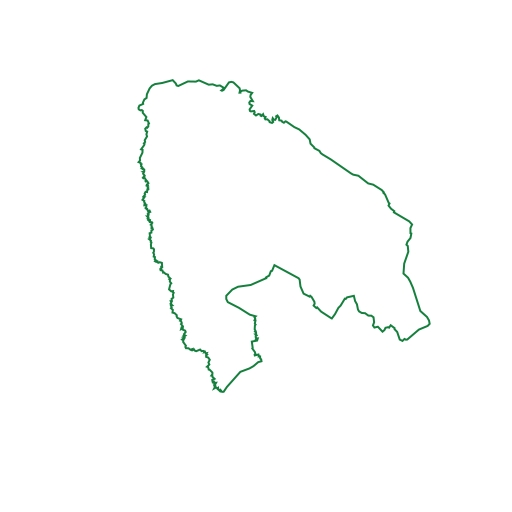 the district of Prakhon Chai, Buri Ram, Thailand, rotated 124°
{"feature_id": "78962969B33368538988624", "entity_name": "Prakhon Chai", "entity_type": "district", "adm_level": 2, "iso_a3": "THA", "parent_name": "Thailand", "parent_adm1": "Buri Ram", "projection": "orthographic", "projection_center": [103.123, 14.625], "detail": "fine", "context": "isolated", "style": "outline", "palette": "green", "viewbox_px": 512, "rotation_deg": 124, "n_neighbors": 0, "source": "geoboundaries", "source_scale": "gbopen_adm2", "svg_char_len": 6154}
<svg xmlns="http://www.w3.org/2000/svg" viewBox="0 0 512 512"><g transform="rotate(124 256 256)"><path d="M347.2,294.8L349.6,293.6L348.9,291.5L349.4,288.6L350.5,288.0L351.3,286.4L350.4,282.7L352.1,282.7L351.9,281.7L353.1,280.0L354.4,280.1L355.2,277.2L356.0,276.8L356.7,277.8L358.5,277.2L356.9,276.3L358.0,275.5L357.5,273.0L358.3,271.8L360.9,272.0L361.2,271.3L361.9,271.5L361.6,270.1L363.5,270.9L363.1,270.0L363.6,269.4L365.2,269.3L365.2,270.2L366.6,270.6L366.5,269.1L368.0,268.3L369.6,263.9L370.9,263.7L371.6,262.5L370.2,260.3L370.4,258.0L369.0,256.9L370.1,256.8L370.0,256.2L368.1,255.1L368.7,253.9L368.4,252.4L364.8,250.0L365.3,247.9L364.2,246.7L363.8,245.2L364.7,245.1L364.1,244.6L364.8,243.2L364.1,242.5L365.1,242.4L365.1,241.4L366.4,241.7L367.5,240.9L366.9,238.8L367.9,236.3L370.9,235.9L372.1,234.0L375.2,234.7L374.9,233.5L376.6,231.7L376.2,230.8L377.0,227.0L378.2,226.1L380.1,226.1L379.7,225.2L380.6,224.4L381.0,221.7L383.2,223.0L384.5,221.7L383.9,220.9L384.7,220.7L384.1,219.9L384.7,219.5L383.5,218.2L385.7,218.0L386.2,217.3L386.7,218.2L387.7,216.8L389.1,216.6L387.9,216.0L387.2,214.7L387.6,213.8L386.7,213.6L387.7,212.8L388.1,210.7L386.9,210.8L387.1,209.7L388.0,209.3L387.3,207.7L386.6,206.9L380.8,206.9L360.8,204.2L352.8,198.5L348.7,196.5L342.7,194.8L340.2,192.6L338.8,193.9L338.6,195.2L337.3,196.2L337.7,197.2L337.1,197.1L337.3,197.8L336.3,198.9L339.1,201.4L338.5,202.0L337.5,201.7L336.2,203.3L334.7,207.4L334.0,207.4L329.3,211.6L325.5,207.8L323.5,208.4L324.8,209.5L323.7,209.6L323.8,210.5L322.6,211.5L321.4,211.1L321.2,212.8L320.6,212.3L319.5,213.1L319.2,214.5L318.5,214.2L317.5,216.1L314.3,218.0L313.1,218.0L312.8,219.1L309.7,220.4L310.1,221.3L308.3,221.7L307.6,223.0L306.2,222.6L308.1,228.3L308.5,241.1L310.0,253.6L308.3,256.6L305.6,258.4L297.1,256.9L291.5,253.7L283.0,244.2L269.4,235.6L268.7,235.7L268.5,235.1L267.6,235.5L264.9,234.1L260.3,235.2L259.3,234.4L253.3,235.6L250.6,208.2L251.2,206.6L256.4,202.1L260.6,195.5L259.7,188.8L258.7,188.8L258.9,187.0L261.3,182.0L262.8,180.7L264.9,180.5L265.4,176.9L264.4,176.6L265.7,170.9L265.5,158.9L265.4,158.2L260.0,158.0L252.9,158.7L249.9,158.1L241.7,158.5L241.4,157.6L239.4,157.4L234.3,152.6L237.9,148.7L239.6,145.3L243.3,141.6L244.3,139.6L244.1,136.5L242.4,133.5L242.6,129.5L241.0,127.1L241.1,124.3L244.9,121.0L248.2,120.2L249.1,117.8L246.5,115.4L248.0,108.8L245.6,108.1L243.1,108.5L241.1,106.6L241.0,105.6L238.1,105.6L238.3,100.8L239.2,100.2L240.0,96.5L244.9,90.1L244.5,87.1L241.7,86.5L241.6,85.0L240.7,83.9L225.9,79.8L218.0,74.6L215.1,74.1L212.7,76.5L210.9,80.2L209.7,89.0L194.6,108.1L191.0,113.8L189.0,117.8L188.1,123.9L179.4,128.9L167.3,132.1L162.8,135.8L162.5,137.6L159.4,138.4L154.7,138.0L150.5,139.8L150.7,140.7L146.5,143.6L142.6,144.2L141.6,148.4L142.7,166.1L141.5,166.4L141.3,170.4L140.1,174.3L137.8,174.7L137.8,175.6L132.8,183.4L132.4,185.7L131.7,185.7L131.0,188.7L131.3,198.7L133.1,203.6L132.2,216.0L134.2,220.9L134.4,223.4L134.1,248.1L134.6,257.5L134.5,259.8L133.4,262.2L134.0,267.9L133.4,268.4L132.4,273.6L129.3,276.7L127.8,282.6L126.9,291.0L127.7,296.2L127.6,306.0L127.9,306.9L129.9,307.4L130.1,309.3L129.5,310.5L130.5,312.6L128.4,314.4L127.5,316.8L128.9,317.4L129.6,316.4L132.4,316.2L133.0,317.4L132.4,319.2L134.1,318.6L135.3,316.7L136.7,317.1L137.4,319.5L136.7,320.2L136.3,323.0L137.5,324.6L137.0,325.7L135.4,325.8L135.8,327.7L134.5,329.4L136.9,329.7L137.1,330.6L136.2,331.4L137.0,333.5L139.5,334.6L139.3,337.2L137.5,337.5L136.8,338.6L139.0,341.1L139.1,342.2L138.0,343.3L133.4,343.2L133.6,346.3L132.5,347.4L130.6,347.3L129.4,345.2L127.3,349.7L125.6,350.5L122.9,350.4L124.2,354.6L124.2,356.9L126.7,360.0L128.7,360.8L129.3,360.3L129.8,361.0L127.7,361.8L126.1,363.4L124.7,371.8L125.4,373.8L127.2,375.5L136.5,375.7L138.0,376.6L138.1,377.3L136.0,376.6L134.6,377.2L134.8,381.3L136.9,383.7L137.9,387.9L140.4,391.0L142.3,401.6L145.0,403.3L149.4,410.1L158.5,415.5L159.0,417.2L157.8,419.0L156.8,423.4L165.0,430.5L170.0,435.9L173.0,437.5L176.5,437.9L182.9,436.9L186.2,435.1L188.6,436.1L192.1,435.5L193.0,434.6L196.5,436.8L198.9,436.3L200.0,435.2L199.9,433.2L198.9,432.3L199.0,431.0L200.6,430.0L202.1,424.6L205.4,423.8L204.3,421.6L206.0,418.8L206.8,419.1L208.9,417.7L210.5,417.9L210.5,418.7L212.4,419.0L214.0,417.3L213.7,415.8L216.4,414.9L217.8,413.2L222.3,413.0L223.4,411.7L225.3,411.9L225.4,411.1L226.6,410.7L231.8,410.9L231.4,409.4L233.9,407.9L239.7,407.1L241.7,405.5L243.8,405.8L243.4,403.6L244.3,402.8L244.0,402.2L245.9,401.5L246.1,400.0L246.9,399.9L246.5,399.4L247.3,398.7L246.7,398.1L246.9,396.9L248.2,396.1L249.3,396.8L249.1,395.8L250.9,395.6L251.6,393.2L253.0,392.8L253.1,393.4L254.4,393.5L254.5,392.7L253.6,391.9L254.6,389.4L255.6,389.6L255.9,389.1L254.9,387.9L255.8,385.9L257.2,386.2L257.8,385.3L258.2,386.3L258.9,386.1L258.7,384.7L260.6,383.6L260.1,383.2L261.0,382.5L262.0,383.1L263.9,382.1L264.5,383.4L266.4,383.3L267.2,382.2L270.0,382.6L270.5,381.9L270.0,381.4L272.9,381.5L272.8,379.4L273.7,379.0L274.4,377.3L275.0,377.6L276.4,376.9L275.1,375.3L276.9,374.3L278.0,374.4L278.3,372.7L277.9,372.4L279.4,370.3L277.9,369.6L278.6,368.4L279.5,369.1L280.8,369.2L281.1,368.6L281.8,369.1L282.7,367.8L283.4,368.2L283.8,367.5L284.1,368.1L284.4,367.0L285.5,366.8L285.3,365.9L286.2,365.7L285.9,365.0L286.5,365.2L286.7,364.1L286.1,363.6L287.2,363.0L286.2,361.2L286.5,360.5L288.9,360.7L288.8,359.8L291.2,358.3L290.5,357.8L291.7,356.3L293.5,356.9L295.1,355.8L296.6,356.9L299.1,354.8L299.5,353.6L300.4,353.5L300.6,354.3L301.2,353.6L301.8,354.0L302.0,351.7L303.2,351.2L303.2,350.3L305.2,349.6L308.1,347.3L307.1,345.3L307.5,344.3L309.6,343.0L310.8,343.0L311.6,341.4L313.7,340.5L313.4,339.2L315.5,338.0L315.5,336.4L316.8,336.7L316.7,335.6L316.0,335.6L315.5,334.6L316.3,333.7L316.1,333.0L315.0,332.4L314.3,330.2L317.5,327.7L317.9,328.4L318.4,327.8L319.9,328.2L320.4,327.9L319.9,327.3L321.0,326.9L320.3,325.5L321.7,323.7L321.1,323.3L321.4,320.9L320.7,318.5L322.1,317.1L322.6,314.3L323.7,314.8L323.8,314.1L325.4,313.1L326.0,311.0L327.2,311.2L332.3,309.4L332.7,306.5L331.5,305.2L332.4,304.8L332.5,303.7L334.4,303.3L336.7,301.3L338.8,302.0L340.3,300.6L341.1,301.5L342.1,300.0L343.3,300.1L343.7,297.9L344.6,298.9L345.9,297.1L346.8,297.3L347.2,294.8Z" fill="none" stroke="#15803d" stroke-width="2"/></g></svg>